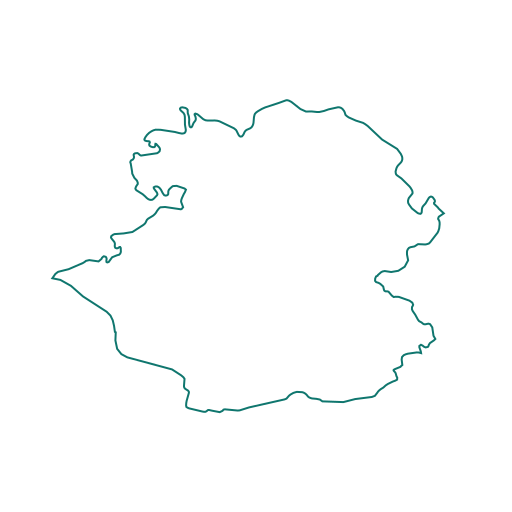 map outline of Chuvash (Equal Earth projection), rotated 193°
{"feature_id": "RUS-2389", "entity_name": "Chuvash", "entity_type": "Republic", "adm_level": 1, "iso_a3": "RUS", "parent_name": "Russia", "parent_adm1": "", "projection": "equal_earth", "projection_center": [47.182, 55.483], "detail": "fine", "context": "isolated", "style": "outline", "palette": "teal", "viewbox_px": 512, "rotation_deg": 193, "n_neighbors": 0, "source": "natural_earth", "source_scale": "10m", "svg_char_len": 6068}
<svg xmlns="http://www.w3.org/2000/svg" viewBox="0 0 512 512"><g transform="rotate(193 256 256)"><path d="M449.4,188.5L447.5,193.3L445.6,195.7L445.0,196.2L435.6,201.0L423.1,210.2L421.6,211.7L420.6,213.0L417.5,214.5L408.2,215.3L405.9,218.4L405.7,219.5L404.9,220.8L404.2,221.5L402.2,221.4L401.4,220.6L400.9,219.6L400.7,217.4L400.2,216.4L399.4,216.3L398.2,217.0L395.9,222.4L391.8,225.3L389.6,226.5L388.8,227.9L388.6,229.6L389.6,233.4L390.4,234.2L391.1,234.0L391.8,233.1L392.6,232.4L393.7,232.1L394.9,232.3L395.5,233.0L395.9,234.0L396.2,236.1L396.7,237.1L397.3,237.9L400.9,240.7L401.5,241.6L401.5,242.8L400.0,244.6L398.8,245.5L390.1,248.2L381.8,251.6L372.6,261.1L371.4,262.8L370.9,264.4L370.7,265.6L370.4,266.7L369.5,268.1L365.3,272.2L364.1,273.9L363.3,275.4L362.5,277.8L361.5,280.0L360.9,281.0L360.2,281.9L355.6,283.3L339.7,284.6L338.7,285.5L338.4,286.4L338.0,287.1L341.0,291.7L341.3,292.4L341.4,294.0L341.2,295.8L340.3,300.1L339.6,302.3L339.2,304.9L340.8,305.7L349.1,306.5L352.7,305.4L353.5,304.5L354.8,302.6L355.7,301.1L355.9,300.3L356.0,299.3L355.6,297.3L355.5,296.4L355.9,295.5L356.7,294.9L357.8,294.5L359.1,294.6L360.5,295.8L361.4,296.7L362.9,298.5L363.6,299.3L365.4,300.7L366.5,301.2L367.8,301.5L369.4,301.2L370.4,300.6L371.1,299.9L370.9,299.2L370.3,298.5L366.9,295.6L366.3,294.8L365.9,293.9L366.1,292.9L368.4,289.0L369.1,288.1L369.9,287.4L371.1,287.0L372.5,286.9L374.1,287.3L375.6,288.0L377.5,289.2L380.3,290.7L387.2,293.1L388.1,293.7L388.7,294.6L388.6,296.1L388.3,297.3L387.4,299.6L387.8,301.0L389.0,302.7L392.1,304.8L395.1,308.4L395.7,310.3L398.9,318.0L399.5,318.8L399.6,319.8L399.2,321.0L397.6,322.4L397.1,323.8L397.1,325.0L398.0,327.0L397.8,328.0L397.0,328.8L394.8,329.6L393.6,329.3L391.7,328.2L390.6,328.0L375.5,333.9L374.5,334.9L373.5,336.3L373.5,338.2L374.0,339.3L374.9,340.2L377.7,342.2L378.5,342.7L379.2,342.7L379.2,341.7L378.9,340.8L379.1,339.8L379.8,339.1L381.5,338.8L383.1,339.0L384.5,339.5L385.1,340.3L385.2,341.4L385.0,342.8L385.5,343.6L386.2,343.7L388.1,343.4L389.3,343.4L390.3,343.6L390.9,344.2L391.0,344.9L390.5,346.9L389.4,349.5L387.8,352.0L385.9,354.0L384.2,355.4L382.2,356.5L377.4,357.5L362.9,358.6L358.7,358.5L355.7,358.6L354.6,359.0L353.3,359.7L352.7,361.0L352.6,362.1L352.8,363.2L354.8,368.1L356.6,375.5L357.0,376.5L357.4,377.5L358.1,378.3L358.9,379.1L362.1,380.9L362.9,381.7L363.2,382.6L362.7,383.6L361.3,384.3L358.0,384.4L356.4,383.8L355.4,382.9L354.9,380.8L354.6,379.8L352.9,377.1L352.5,376.1L351.8,374.1L351.2,370.8L350.5,368.8L350.0,367.8L349.4,367.0L348.6,366.7L347.8,367.0L347.3,368.3L346.9,370.9L346.6,372.0L345.6,374.1L345.4,375.1L345.5,376.2L346.3,378.1L347.6,379.8L347.7,380.5L347.2,381.1L345.5,381.0L344.2,380.6L338.5,377.6L337.2,377.2L335.7,376.9L333.6,377.1L326.5,378.8L324.0,379.1L321.8,379.0L306.3,375.5L304.0,374.4L303.2,373.7L300.5,370.4L299.7,369.6L298.8,369.0L297.7,368.9L296.5,369.5L295.6,371.4L295.0,374.3L294.5,375.5L293.6,376.7L290.4,379.1L289.3,380.4L288.6,382.3L288.4,383.8L288.4,385.2L289.2,390.8L289.2,393.2L289.0,394.3L288.1,395.9L286.6,397.6L283.3,400.7L280.4,402.9L268.0,410.4L262.0,414.3L260.9,414.8L259.0,414.8L256.2,414.1L245.8,409.2L239.9,408.0L234.0,409.4L229.2,410.0L226.8,410.5L222.4,412.6L218.3,415.2L209.5,419.4L208.2,419.6L206.7,419.5L204.9,418.8L202.8,417.1L201.8,415.8L200.6,413.7L199.1,412.8L196.9,411.9L189.1,410.4L181.6,409.8L179.2,409.0L176.4,407.8L159.3,397.8L142.6,392.1L137.9,388.1L136.1,385.8L135.6,384.7L135.2,383.2L135.2,382.1L135.3,381.3L135.6,380.3L136.1,379.3L137.9,376.3L138.5,374.9L138.9,373.1L139.0,369.8L138.5,368.2L137.8,367.0L136.7,366.3L131.8,364.3L122.2,358.4L120.7,357.2L118.6,355.0L117.8,353.4L117.6,352.1L120.1,346.9L120.3,345.6L120.3,343.9L119.7,342.0L118.4,340.5L114.8,337.4L108.1,334.2L106.6,334.0L105.2,334.1L104.6,334.8L104.4,335.9L104.9,339.2L104.9,340.3L104.7,341.4L104.3,342.4L102.6,345.4L100.7,351.4L100.1,352.4L98.9,353.3L97.7,353.2L96.8,352.8L95.1,351.3L94.4,350.6L94.0,349.7L94.0,348.9L94.5,347.8L94.2,346.9L89.7,344.2L88.7,343.3L82.6,339.8L86.7,335.4L86.9,334.3L86.9,333.1L85.4,331.5L84.7,330.1L84.2,328.2L83.7,324.2L83.9,321.5L84.3,319.6L89.4,308.5L90.4,307.0L92.5,305.8L93.7,305.3L100.3,304.1L100.9,303.9L101.6,303.2L103.1,301.6L103.9,300.9L107.5,299.3L108.8,298.3L109.6,296.7L109.9,295.1L109.8,293.9L109.2,291.4L106.8,286.0L108.7,279.0L114.0,273.6L120.7,270.8L127.2,270.3L129.2,269.4L130.4,268.4L133.0,264.8L133.1,264.1L134.4,263.1L134.8,260.9L134.4,258.6L133.1,257.6L130.6,257.4L128.6,256.8L125.2,254.9L123.7,251.8L123.0,251.0L122.0,250.7L119.8,251.1L118.8,251.0L114.8,248.0L112.6,247.0L110.8,247.7L107.7,248.3L96.4,247.0L93.2,245.7L91.9,243.8L92.1,242.6L92.5,241.3L92.1,239.2L90.9,237.6L87.7,234.7L83.9,230.4L82.4,229.2L79.8,228.5L77.8,227.5L76.8,227.3L75.4,227.6L74.1,228.3L72.6,228.9L71.0,228.7L68.2,226.1L65.1,218.2L62.6,215.5L63.6,213.9L66.9,210.3L67.6,208.4L67.7,207.1L68.1,206.1L70.1,205.1L71.7,205.3L73.6,206.2L75.3,206.6L76.6,205.1L76.3,203.8L74.0,200.2L73.3,198.5L75.5,198.6L77.7,198.2L86.0,195.0L88.0,193.9L89.7,192.6L91.0,190.4L90.8,187.9L88.9,182.7L90.0,181.2L90.3,180.5L95.1,177.1L96.1,176.2L96.3,175.7L95.9,175.1L94.2,173.9L93.5,173.1L92.1,170.5L91.0,169.2L90.7,167.3L92.2,165.9L94.5,164.4L98.7,161.0L100.5,159.1L102.3,156.5L104.5,154.3L105.7,152.8L106.6,151.3L107.0,150.2L108.7,146.5L111.4,144.7L127.2,138.9L138.0,133.3L158.6,129.3L161.5,130.5L165.1,130.4L169.4,129.8L171.0,129.9L172.5,130.2L173.6,130.7L175.4,132.1L176.4,132.7L177.5,133.2L178.9,133.6L180.3,133.7L185.6,132.8L187.1,132.0L188.8,131.0L191.2,128.8L192.4,127.3L194.2,123.9L195.9,122.7L228.7,106.9L237.2,101.9L239.1,101.3L251.8,99.6L253.1,99.0L253.8,97.6L256.2,95.7L264.0,95.4L266.9,95.4L268.0,95.2L268.7,94.4L269.4,93.5L270.3,92.8L271.6,92.5L273.2,92.4L287.0,92.5L288.6,92.8L289.9,93.3L290.5,94.7L290.9,97.1L291.0,99.3L290.6,107.7L291.0,108.8L292.0,109.6L294.1,110.3L295.7,111.0L296.7,112.3L297.0,113.5L298.0,120.2L299.4,121.5L302.1,122.9L312.3,126.6L358.6,128.3L365.1,130.1L370.4,134.3L374.0,142.1L375.5,150.1L376.4,150.3L378.6,156.0L381.1,161.1L384.4,165.2L389.0,168.1L415.5,177.7L429.6,185.3L441.2,188.7L449.4,188.5Z" fill="none" stroke="#0f766e" stroke-width="2"/></g></svg>